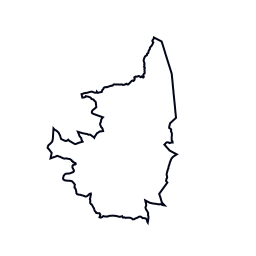 outline of Tenochtitlán, Veracruz, Mexico, rotated 26°
{"feature_id": "50627088B5329329942302", "entity_name": "Tenochtitlán", "entity_type": "district", "adm_level": 2, "iso_a3": "MEX", "parent_name": "Mexico", "parent_adm1": "Veracruz", "projection": "albers", "projection_center": [-96.947, 19.825], "detail": "fine", "context": "isolated", "style": "outline", "palette": "ink", "viewbox_px": 256, "rotation_deg": 26, "n_neighbors": 0, "source": "geoboundaries", "source_scale": "gbopen_adm2", "svg_char_len": 5591}
<svg xmlns="http://www.w3.org/2000/svg" viewBox="0 0 256 256"><g transform="rotate(26 128 128)"><path d="M64.5,181.2L66.0,181.6L67.3,182.3L70.3,183.8L71.7,189.3L73.8,187.0L75.1,185.8L76.5,184.1L77.4,183.9L78.9,183.9L79.6,183.6L81.1,183.7L83.3,183.6L84.6,183.2L86.0,182.3L87.6,182.0L89.2,181.4L91.2,181.6L92.1,182.3L93.0,182.2L93.5,182.7L94.4,182.6L95.4,182.6L96.3,182.6L96.8,183.2L96.4,184.1L95.0,185.0L94.7,186.5L95.4,187.9L97.2,189.2L98.3,190.3L98.1,191.6L96.6,193.2L95.4,194.5L92.4,196.2L91.7,197.1L91.1,199.0L91.5,200.9L91.8,202.0L92.8,202.7L94.4,202.7L96.9,201.8L98.9,200.9L100.9,200.4L103.0,201.1L105.1,202.2L105.4,203.5L106.0,205.0L107.0,205.3L108.5,206.7L109.6,208.2L110.3,209.3L111.3,209.8L112.9,209.5L114.4,208.9L116.1,208.7L117.4,208.4L119.2,208.3L120.2,208.1L120.9,207.4L121.5,206.3L121.9,205.1L122.5,203.9L123.3,203.2L123.9,204.1L124.0,205.2L124.2,205.9L124.6,206.7L124.7,207.8L125.1,209.0L125.8,209.4L126.3,210.8L126.8,211.9L128.1,212.7L129.1,212.7L130.6,213.8L131.7,214.6L132.7,215.2L133.7,216.4L134.7,217.3L136.0,217.6L136.7,218.3L138.4,217.8L139.7,217.1L141.2,218.1L141.5,220.7L142.2,220.6L142.9,220.4L143.6,219.7L144.4,218.0L145.3,217.9L146.3,217.5L147.1,217.3L147.8,216.7L148.6,216.5L149.0,215.9L150.1,214.9L151.3,214.3L152.4,213.6L153.5,213.1L154.7,212.7L156.4,212.1L157.4,212.0L158.5,211.7L159.5,211.5L160.1,211.0L160.8,210.5L161.4,209.8L162.9,210.7L164.1,209.8L165.2,209.9L166.4,209.0L167.5,208.5L169.4,207.7L170.9,207.6L172.4,208.0L173.5,207.3L174.5,205.8L175.3,205.1L176.0,204.1L176.7,203.0L177.5,202.4L178.6,202.1L180.7,202.6L181.7,202.0L182.6,201.8L183.5,201.5L184.7,202.0L185.4,202.5L186.4,203.8L187.2,204.3L185.9,200.1L185.5,199.2L184.9,198.3L184.1,197.5L183.7,196.2L183.3,195.5L181.5,194.2L179.8,193.2L178.5,191.8L178.4,190.8L178.4,190.0L178.1,189.1L177.5,188.3L176.9,187.3L176.2,186.8L175.2,185.5L177.1,185.6L178.9,185.6L180.3,185.7L181.8,185.3L183.3,185.0L184.7,184.5L186.2,184.0L187.7,183.5L188.7,183.3L189.4,183.1L190.1,182.4L191.3,182.1L192.2,182.1L193.2,182.0L194.8,181.5L193.4,181.0L192.2,180.5L191.0,180.1L190.2,179.1L189.3,178.2L188.4,177.1L184.9,173.5L185.6,169.5L186.5,164.4L187.3,159.8L185.4,158.9L184.9,157.0L185.0,155.6L184.3,154.3L183.4,153.4L182.8,152.1L182.5,150.5L182.2,149.0L182.0,147.7L182.0,146.5L181.5,145.3L181.3,144.2L181.2,142.6L180.9,141.4L180.7,140.1L180.6,138.3L180.5,136.5L180.8,135.0L181.4,133.7L181.9,132.7L183.4,130.3L179.8,130.2L175.3,130.0L168.0,127.0L168.4,126.0L168.6,124.8L169.2,123.9L170.1,123.4L171.1,123.2L171.8,123.4L172.9,122.6L173.4,121.7L174.4,121.5L173.9,120.6L172.5,119.6L171.8,118.2L171.2,117.0L170.7,115.5L170.0,114.0L169.1,112.8L168.2,112.4L167.8,111.2L167.5,110.5L166.6,110.0L165.7,110.1L165.0,109.9L164.6,109.1L164.2,107.5L163.8,105.2L164.8,102.6L166.7,97.8L164.6,94.4L164.0,93.5L161.1,88.7L156.6,81.4L154.4,77.9L152.3,74.4L150.1,70.9L149.4,69.7L148.5,68.2L146.6,65.1L143.5,60.1L141.1,57.5L137.1,53.3L133.3,49.3L132.1,48.0L130.3,46.1L129.4,45.2L127.1,42.7L126.3,41.8L123.1,38.4L122.1,37.4L120.3,35.5L115.4,35.4L111.6,35.3L111.9,36.4L111.9,37.4L111.6,38.2L111.6,38.8L112.0,39.4L113.2,39.9L113.3,41.8L113.2,43.8L112.7,45.1L112.6,46.5L113.0,47.4L112.8,49.0L112.8,50.0L113.1,50.9L113.3,51.7L112.6,53.0L113.1,54.0L112.8,54.9L112.4,55.2L112.0,56.1L111.9,57.7L112.2,59.4L112.4,60.4L113.0,61.2L113.5,61.6L113.8,62.1L114.1,62.2L114.3,62.4L114.6,63.0L114.6,63.3L114.7,63.8L115.1,64.0L115.2,64.4L115.5,64.8L115.6,65.1L115.5,65.8L115.9,66.2L116.4,66.3L116.8,66.6L116.8,67.5L116.9,68.0L117.4,68.5L117.9,69.3L118.1,70.1L118.5,70.5L119.0,71.7L118.6,72.3L118.4,73.1L118.5,73.8L118.9,74.3L119.6,74.8L119.8,75.3L119.5,76.0L118.9,76.0L118.2,75.8L117.5,75.8L117.4,76.4L117.1,76.8L116.4,76.7L115.8,76.6L115.3,76.5L114.6,76.7L114.1,77.3L113.7,77.8L113.2,78.1L112.7,78.4L112.2,78.5L111.9,79.0L111.5,79.6L111.7,80.2L112.3,80.5L112.6,81.5L112.7,82.1L112.5,83.0L112.2,83.3L111.7,83.1L111.2,83.4L110.8,83.9L110.5,84.6L110.2,85.6L109.8,86.8L109.4,87.8L109.3,88.5L108.7,89.0L108.2,89.1L107.4,88.8L107.0,89.1L106.8,89.7L106.3,90.0L106.0,90.5L105.3,91.1L104.2,91.6L103.5,91.5L103.1,91.7L102.2,92.2L101.4,92.7L100.5,93.0L99.4,93.5L97.9,94.3L96.7,94.7L95.9,95.3L95.8,96.0L95.4,96.7L95.1,97.1L94.9,97.2L94.3,97.3L94.0,97.8L92.7,98.9L92.2,99.6L91.8,99.9L91.6,100.1L91.3,100.4L91.0,100.7L90.4,100.7L90.0,101.0L89.7,101.4L89.0,101.8L88.6,102.9L88.7,104.2L88.2,105.5L88.6,107.1L86.2,108.9L85.8,109.4L85.2,109.7L84.1,109.1L84.3,110.0L83.0,110.7L82.0,110.9L79.8,111.1L78.7,111.7L77.6,112.6L76.4,113.8L74.9,114.9L73.2,116.1L72.3,117.1L71.4,117.9L73.6,120.7L74.8,120.0L75.9,119.1L76.1,117.9L77.5,117.6L79.0,117.2L80.6,117.1L81.5,117.3L82.6,117.9L84.0,117.6L84.8,117.6L85.6,118.2L86.6,118.4L87.6,118.8L90.4,123.2L89.5,125.2L88.4,127.6L88.3,128.6L88.3,128.9L88.6,129.8L89.3,130.4L90.6,130.5L100.8,129.4L100.4,130.5L100.3,132.0L100.6,133.6L101.0,134.7L100.9,135.6L101.3,137.0L102.1,137.7L103.0,138.6L103.7,139.0L104.5,139.2L105.7,140.1L107.0,141.7L105.9,142.4L104.9,143.1L104.3,143.3L103.6,144.4L103.0,145.5L102.4,146.3L102.2,148.2L102.1,149.0L101.9,150.1L102.0,151.6L100.7,151.1L99.6,151.1L98.2,150.7L96.7,150.6L95.4,151.4L94.1,151.3L89.9,152.5L84.6,153.4L86.1,154.7L87.8,156.4L89.7,157.3L90.6,157.8L91.4,159.0L93.2,160.2L91.2,162.0L89.8,163.3L89.0,164.3L87.8,165.5L86.6,165.7L84.1,165.5L82.3,165.3L80.9,165.3L80.0,165.0L79.4,164.7L78.6,166.3L77.8,167.0L75.9,167.2L74.2,167.2L72.7,167.2L71.6,166.1L70.3,164.6L68.9,163.6L67.7,162.6L66.1,162.1L64.5,161.7L63.1,161.7L62.2,161.4L61.2,161.0L65.2,170.7L65.6,172.3L65.8,173.3L65.5,174.7L65.0,176.3L64.3,177.7L64.0,178.8L64.1,179.7L64.4,181.0L64.5,181.2Z" fill="none" stroke="#020617" stroke-width="2"/></g></svg>